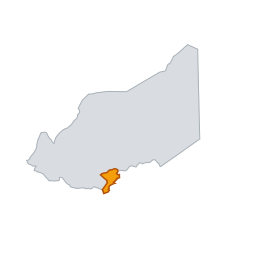 location of Kimiti, Sila, Chad, rotated 55°
{"feature_id": "50815135B66817745888418", "entity_name": "Kimiti", "entity_type": "district", "adm_level": 2, "iso_a3": "TCD", "parent_name": "Chad", "parent_adm1": "Sila", "projection": "equal_earth", "projection_center": [22.332, 11.896], "detail": "fine", "context": "in_parent", "style": "filled", "palette": "amber", "viewbox_px": 256, "rotation_deg": 55, "n_neighbors": 0, "source": "geoboundaries", "source_scale": "gbopen_adm2", "svg_char_len": 5650}
<svg xmlns="http://www.w3.org/2000/svg" viewBox="0 0 256 256"><g transform="rotate(55 128 128)"><path d="M178.2,75.5L178.2,81.1L178.2,86.8L178.2,92.5L178.3,98.1L178.3,103.8L178.3,109.5L178.3,115.2L178.3,121.0L178.4,122.9L178.2,123.6L178.0,123.8L175.7,123.3L174.7,123.3L173.3,123.7L171.3,123.9L170.0,123.8L169.1,124.8L168.3,126.0L168.7,128.9L168.6,129.8L168.3,130.8L167.7,131.6L167.1,132.3L166.7,132.9L166.3,134.2L165.9,134.8L166.0,135.6L165.8,136.4L165.5,136.9L164.5,137.2L163.9,137.6L163.4,138.2L163.1,138.6L163.3,139.2L163.5,140.0L163.6,141.3L163.7,142.1L164.2,142.7L164.5,143.1L164.6,143.6L164.3,144.1L163.1,145.0L162.7,145.3L162.1,145.8L161.9,146.0L161.1,146.9L160.7,147.7L160.4,148.3L160.5,149.2L160.9,150.5L161.4,151.7L161.5,152.5L161.7,153.5L161.6,154.4L161.4,155.1L160.9,155.8L159.3,157.2L158.5,158.6L157.9,160.4L157.7,161.3L157.9,161.9L158.3,162.5L158.7,162.8L159.4,162.8L160.6,162.6L161.7,162.4L162.8,163.0L163.4,164.5L163.2,165.5L163.6,167.5L164.0,169.9L164.0,170.6L164.1,170.9L164.8,171.1L165.0,171.7L164.8,175.8L165.1,177.0L165.6,177.8L166.1,178.2L166.7,178.8L166.9,179.2L167.6,179.2L168.3,180.0L168.5,181.0L168.4,182.0L168.0,184.1L167.7,185.5L167.3,185.4L166.4,185.1L165.4,184.8L164.2,184.5L163.0,185.1L161.7,185.8L161.3,186.4L160.9,186.7L160.3,186.7L159.8,186.8L159.5,187.3L159.1,187.9L157.2,189.1L156.8,189.5L156.6,190.0L156.6,190.5L156.8,191.4L156.8,192.7L156.4,193.7L155.9,194.3L155.3,194.6L154.9,194.7L154.6,195.2L153.6,197.4L153.2,197.8L152.3,197.8L149.9,201.2L149.6,202.2L148.7,203.6L147.6,205.1L146.6,205.9L146.5,206.2L146.2,206.5L145.6,206.8L143.4,208.8L140.8,208.7L139.7,209.4L138.5,209.8L136.9,210.1L136.4,210.1L134.3,210.3L131.9,210.2L130.9,210.5L130.0,211.2L129.4,211.9L129.3,212.1L129.4,212.3L129.3,212.5L131.1,214.1L131.5,214.9L131.0,215.6L130.8,215.7L130.8,215.8L130.5,216.4L129.5,218.2L128.0,220.3L127.2,220.8L126.9,221.2L126.5,222.6L126.2,222.8L125.1,223.0L123.1,223.2L120.2,223.6L118.4,223.8L117.4,223.6L115.8,224.6L115.3,224.8L115.0,224.9L113.5,225.9L112.2,227.3L111.8,227.6L110.0,228.2L109.3,229.2L109.0,229.3L107.9,228.0L107.1,226.8L106.7,225.6L106.7,225.2L105.8,225.8L105.3,226.4L105.1,227.5L103.2,228.3L101.7,229.0L101.0,229.8L99.9,230.3L98.5,230.1L97.4,229.7L96.4,229.6L96.9,228.6L97.1,227.8L97.1,226.8L97.0,226.2L96.4,225.9L96.0,225.4L95.1,222.3L94.2,219.2L92.9,216.2L91.5,214.2L90.5,213.0L90.1,212.9L89.6,212.5L89.2,212.2L87.4,210.1L85.4,207.8L84.9,206.7L83.9,205.1L82.9,203.5L82.3,202.8L82.0,201.4L82.8,200.2L83.6,198.7L84.6,197.7L85.9,197.6L88.1,198.0L90.4,198.2L92.6,197.9L93.2,197.7L93.8,197.7L95.0,198.0L97.1,197.9L98.3,197.3L97.1,196.3L95.8,194.6L94.6,192.8L93.9,191.1L93.3,189.0L92.7,186.4L92.3,183.0L92.4,181.1L92.6,179.7L93.3,177.5L92.9,176.1L93.0,175.1L92.9,173.5L92.7,172.7L91.9,170.1L91.8,169.8L91.1,168.0L90.8,165.0L90.0,163.1L88.6,162.1L87.9,160.9L87.7,158.9L87.1,158.3L85.1,157.6L83.3,157.6L82.1,155.3L80.5,152.3L79.0,149.5L78.2,144.0L77.6,140.8L78.3,139.9L79.6,137.6L81.2,133.3L84.8,126.6L86.7,123.2L90.4,118.2L94.9,111.9L97.4,108.4L97.9,102.0L98.4,95.3L98.8,90.2L99.3,84.2L99.7,79.1L100.0,75.5L100.4,70.3L100.7,69.3L102.5,65.2L102.6,64.7L102.3,64.0L99.9,60.6L99.2,59.8L98.7,58.0L99.4,57.0L96.5,51.3L95.8,50.6L95.5,49.9L95.5,48.8L95.5,44.8L94.8,38.6L93.9,31.4L97.4,29.3L100.1,27.7L103.4,25.7L106.5,27.8L110.9,30.7L115.3,33.7L119.8,36.7L124.2,39.6L128.7,42.6L133.1,45.6L137.6,48.6L142.1,51.5L146.6,54.5L151.1,57.5L155.6,60.5L160.1,63.5L164.6,66.5L169.1,69.5L173.6,72.5L178.2,75.5Z" fill="#d9dde1" stroke="#a8b0b8" stroke-width="1"/><path d="M153.3,163.2L153.2,164.3L153.1,164.8L152.8,165.2L152.7,165.8L152.5,166.3L152.0,166.7L151.8,168.0L152.1,169.0L152.3,169.9L152.4,170.3L152.3,170.9L152.2,171.2L152.0,171.7L151.9,172.3L151.6,172.7L151.1,173.4L150.9,174.2L150.9,174.6L150.4,175.5L150.3,175.9L150.8,176.2L150.7,177.4L151.4,177.2L153.7,176.7L155.2,176.4L159.0,175.3L159.6,176.0L161.0,176.3L163.9,184.5L164.0,184.5L164.2,184.4L164.3,184.4L164.7,184.5L164.8,184.6L165.0,184.6L165.3,184.5L165.5,184.6L165.9,184.7L166.0,184.7L166.1,184.8L166.3,184.8L166.5,184.8L166.7,185.0L166.8,185.2L167.3,185.3L167.6,185.3L167.8,185.4L167.9,185.2L168.0,184.7L168.1,184.4L168.1,184.2L168.3,183.5L168.3,183.3L168.4,183.2L168.5,182.7L168.9,181.7L168.9,181.0L168.9,180.6L168.7,180.5L168.6,180.4L168.4,180.3L168.4,180.2L168.4,179.6L168.5,179.1L168.2,179.0L167.4,179.1L167.0,179.2L167.0,178.8L166.8,178.5L166.8,178.4L166.7,178.4L166.5,178.1L166.4,178.1L165.9,177.9L165.7,177.8L165.3,177.3L165.3,177.2L165.0,176.6L164.9,176.4L164.8,176.0L164.8,175.5L164.8,175.3L164.8,174.8L164.9,174.5L165.0,173.9L165.0,173.4L165.1,173.1L165.3,172.2L165.5,170.8L165.6,170.6L165.4,170.7L165.4,170.8L165.2,170.7L164.9,170.8L164.7,170.8L164.4,170.9L164.4,171.0L164.1,171.1L164.0,170.9L164.0,170.7L164.1,170.3L164.1,170.1L164.2,169.7L164.2,169.4L164.1,169.2L164.1,168.9L164.0,168.7L164.0,168.4L163.9,168.4L163.9,168.5L163.8,168.4L163.8,168.2L163.7,168.1L163.8,168.0L163.8,167.9L163.7,167.9L163.7,167.7L163.6,167.4L163.6,167.2L163.5,166.9L163.5,166.7L163.5,166.4L163.4,166.4L163.4,166.2L163.2,165.9L163.1,166.0L162.9,165.8L162.9,165.7L163.0,165.7L163.2,165.4L163.3,165.1L163.4,164.9L163.5,164.9L163.5,164.7L163.7,163.8L163.8,163.4L163.3,163.1L162.4,162.6L162.2,162.5L161.5,161.9L161.3,161.8L161.3,162.3L160.9,162.8L160.5,163.0L159.6,163.3L159.4,163.3L158.9,163.5L158.9,163.4L158.8,163.2L158.7,163.1L158.6,162.8L158.5,162.7L158.4,162.7L158.3,162.4L158.2,162.2L158.0,161.9L158.1,161.7L157.9,161.5L157.9,161.4L157.7,161.2L157.3,161.0L157.0,160.9L156.4,160.4L156.0,160.6L155.6,160.8L155.0,161.1L154.5,161.5L154.0,162.0L153.9,162.2L153.8,162.3L153.7,162.4L153.5,162.8L153.3,163.2Z" fill="#f59e0b" stroke="#b45309" stroke-width="1.5"/></g></svg>